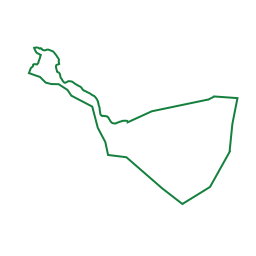 the district of L'Orangerie Road, Praslin, Saint Lucia, rotated 187°
{"feature_id": "8701671B96985788698945", "entity_name": "L'Orangerie Road", "entity_type": "district", "adm_level": 2, "iso_a3": "LCA", "parent_name": "Saint Lucia", "parent_adm1": "Praslin", "projection": "mercator", "projection_center": [-60.921, 13.856], "detail": "fine", "context": "isolated", "style": "outline", "palette": "green", "viewbox_px": 256, "rotation_deg": 187, "n_neighbors": 0, "source": "geoboundaries", "source_scale": "gbopen_adm2", "svg_char_len": 4757}
<svg xmlns="http://www.w3.org/2000/svg" viewBox="0 0 256 256"><g transform="rotate(187 128 128)"><path d="M144.5,98.8L126.1,98.8L86.8,72.3L64.8,59.2L39.4,79.5L24.2,116.8L24.3,116.8L24.9,144.8L23.0,171.0L46.4,169.8L46.4,169.6L51.9,165.9L52.0,166.0L106.4,147.5L128.9,133.7L128.9,133.9L129.0,134.1L129.3,134.5L129.6,134.8L130.2,135.0L131.4,134.9L132.8,134.7L133.2,134.6L134.4,134.4L134.5,134.3L134.9,134.1L135.1,134.0L135.2,133.9L135.3,133.9L135.5,133.8L135.6,133.7L135.9,133.6L136.0,133.6L136.4,133.4L136.6,133.3L136.9,133.2L137.0,133.2L137.4,132.9L137.5,132.8L137.7,132.7L137.9,132.7L138.1,132.6L138.4,132.4L138.5,132.3L138.8,132.2L139.0,132.1L139.3,131.9L139.6,131.8L139.8,131.6L140.0,131.5L140.1,131.4L140.3,131.4L140.5,131.3L140.6,131.2L140.8,131.1L141.0,131.0L141.3,131.0L141.5,130.9L141.8,130.9L142.0,130.9L142.6,130.8L142.9,130.8L143.0,130.8L143.3,130.9L143.5,130.9L144.0,131.0L144.5,131.2L144.7,131.3L144.9,131.4L145.0,131.5L145.3,131.7L145.5,131.9L145.7,132.1L146.0,132.3L146.1,132.5L146.3,132.7L146.4,132.8L146.6,133.1L146.8,133.3L147.0,133.6L147.4,134.1L147.5,134.2L147.7,134.4L147.7,134.5L147.8,134.6L148.1,135.1L148.3,135.3L148.4,135.5L148.5,135.6L148.7,135.8L148.8,135.9L149.0,136.1L149.2,136.3L149.3,136.3L149.5,136.4L149.7,136.6L149.8,136.7L150.0,136.7L150.2,136.8L150.3,136.9L150.6,136.9L150.7,137.0L150.9,137.0L151.0,137.0L151.3,137.0L151.5,137.1L151.8,137.0L152.6,137.0L152.8,137.1L153.2,137.1L153.5,137.1L153.8,137.1L154.0,137.1L154.2,136.9L154.3,136.9L154.5,136.8L154.8,136.8L155.2,136.9L155.3,136.9L155.5,137.0L155.8,137.1L156.0,137.3L156.3,137.4L156.4,137.5L156.5,137.6L156.7,137.8L156.8,137.9L156.8,138.0L157.0,138.3L157.1,138.5L157.2,138.8L157.3,139.1L157.4,139.3L157.5,139.6L157.5,139.8L157.5,140.0L157.7,140.4L157.7,140.5L157.8,140.9L158.0,141.5L158.1,142.0L158.2,142.3L158.3,142.6L158.3,142.8L158.4,143.1L158.4,143.3L158.5,143.5L158.6,143.9L158.6,144.0L158.6,144.3L158.7,144.6L158.8,144.8L158.9,145.1L159.0,145.3L159.1,145.6L159.2,145.8L159.3,145.9L159.5,146.4L159.7,146.8L159.8,147.1L160.0,147.5L160.1,147.9L160.2,148.2L160.2,148.3L160.3,148.4L160.3,148.5L160.5,148.9L160.5,149.0L160.6,149.3L160.6,149.5L160.7,149.8L160.8,149.9L160.8,150.0L160.9,150.3L161.0,150.6L161.2,150.8L161.3,151.0L161.4,151.3L161.7,151.7L161.8,151.8L161.9,152.0L162.9,153.3L163.5,154.0L164.1,154.5L164.9,155.2L165.3,155.5L166.2,155.9L167.5,156.3L168.3,156.7L169.1,157.2L169.7,157.5L170.6,157.9L171.6,158.2L172.8,158.6L173.7,159.0L175.1,159.5L175.8,159.7L176.8,159.9L177.2,160.3L177.9,160.9L178.4,161.5L179.1,162.3L179.6,162.7L180.3,163.2L180.9,163.4L182.2,163.8L182.9,164.1L183.9,164.6L184.7,164.9L186.0,165.5L186.5,165.7L186.9,165.9L187.7,166.5L188.9,167.1L189.7,167.3L190.8,167.3L191.9,167.3L192.8,167.2L193.2,167.0L195.0,165.7L196.0,165.2L196.4,165.2L196.7,165.3L197.2,165.6L197.8,166.1L198.6,166.9L199.1,167.6L199.8,168.6L200.2,168.9L201.0,169.8L201.2,170.2L201.5,171.2L201.7,171.9L201.8,172.4L202.1,173.0L202.5,173.6L202.9,174.1L203.6,174.7L204.6,174.9L205.3,175.3L205.5,176.1L205.8,176.8L206.1,177.4L206.4,178.2L206.7,179.2L207.0,179.9L207.0,180.7L206.9,181.5L206.5,181.9L205.7,182.4L204.7,182.7L204.1,183.2L204.3,183.6L204.5,184.4L204.9,185.5L204.9,186.2L204.8,186.8L204.9,187.4L205.2,188.0L205.8,188.8L206.7,189.8L207.3,190.5L208.0,191.4L208.7,192.1L209.4,192.7L210.2,193.6L210.9,194.2L211.5,194.7L212.4,195.1L213.4,195.3L215.0,195.7L216.2,196.0L216.8,196.1L218.3,195.8L219.4,195.2L220.2,194.9L221.1,194.9L221.4,195.0L221.8,195.0L222.0,195.0L222.3,195.1L222.5,195.3L222.9,195.6L223.0,195.7L223.1,195.8L223.3,196.1L223.5,196.2L223.7,196.4L223.9,196.5L224.0,196.5L224.4,196.5L224.4,196.4L224.7,196.3L224.8,196.1L225.0,196.0L225.6,196.1L225.9,196.2L226.1,196.3L226.4,196.5L226.7,196.6L227.1,196.7L227.4,196.8L228.0,196.8L228.8,196.7L229.5,196.6L229.8,196.5L230.0,196.4L230.4,196.3L230.6,196.2L230.9,196.1L230.8,195.8L230.7,195.7L230.5,195.2L230.2,194.8L229.8,194.1L229.5,193.6L229.1,193.1L228.7,192.6L228.4,192.1L227.9,191.6L227.7,191.5L227.5,191.4L227.4,191.3L227.1,191.2L226.9,191.1L226.4,191.0L226.1,190.9L225.8,190.8L225.4,190.6L225.1,190.5L224.8,190.3L224.4,190.2L224.0,190.0L223.8,189.9L223.5,189.9L223.5,189.5L223.6,189.1L223.7,188.8L223.8,188.5L223.8,188.2L223.8,187.7L223.9,187.2L224.0,186.6L224.1,186.0L224.3,185.5L224.4,184.9L224.5,184.5L224.6,184.0L224.8,183.5L224.8,183.0L224.9,182.4L224.9,181.8L225.0,181.6L225.1,181.4L225.3,181.1L225.7,180.6L226.0,180.3L226.1,180.0L227.4,180.0L228.7,180.0L229.6,179.6L229.9,179.3L229.9,179.1L229.8,178.6L229.9,177.7L230.2,177.2L231.1,176.4L231.4,176.1L232.0,174.8L232.1,174.0L232.5,172.8L232.6,172.1L232.7,171.4L233.0,170.4L221.5,167.9L215.2,163.0L209.6,162.3L202.1,163.0L192.7,158.4L188.2,153.2L166.1,144.9L158.0,124.5L148.8,111.3L144.5,98.8Z" fill="none" stroke="#15803d" stroke-width="2"/></g></svg>